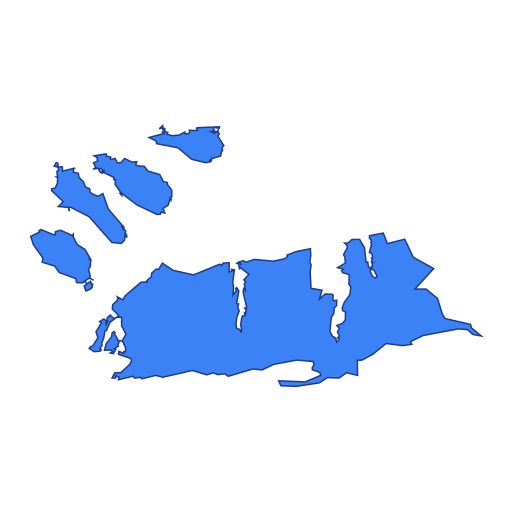 Haram nor, Møre og Romsdal, Norway (Mercator projection)
{"feature_id": "86288312B90203417254551", "entity_name": "Haram nor", "entity_type": "district", "adm_level": 2, "iso_a3": "NOR", "parent_name": "Norway", "parent_adm1": "Møre og Romsdal", "projection": "mercator", "projection_center": [6.407, 62.619], "detail": "fine", "context": "isolated", "style": "filled", "palette": "blue", "viewbox_px": 512, "rotation_deg": 0, "n_neighbors": 0, "source": "geoboundaries", "source_scale": "gbopen_adm2", "svg_char_len": 6036}
<svg xmlns="http://www.w3.org/2000/svg" viewBox="0 0 512 512"><path d="M383.3,233.1L369.5,235.7L369.4,238.2L371.6,240.6L370.8,242.7L371.7,243.4L369.4,252.6L371.5,253.2L372.7,256.3L371.7,258.1L372.4,258.1L371.5,262.0L372.6,262.6L371.9,262.7L372.5,265.8L371.3,266.9L372.1,267.9L371.4,269.4L373.9,270.0L376.7,275.5L376.9,276.9L375.2,278.0L372.4,276.3L370.2,271.2L370.3,268.0L368.5,267.0L367.8,262.1L366.1,262.3L364.5,247.8L359.6,239.4L351.9,239.5L348.0,243.1L344.6,243.1L347.0,245.5L347.3,247.9L343.5,254.6L344.8,256.9L345.4,263.1L337.6,267.6L343.1,269.3L341.7,270.8L342.6,272.7L349.2,274.5L348.9,284.2L350.8,286.9L349.8,294.8L344.4,302.2L342.2,308.1L342.6,310.6L345.5,312.0L345.3,319.9L342.4,323.4L336.8,325.5L339.3,328.2L337.4,332.1L339.5,335.7L337.6,338.0L339.0,338.1L339.0,339.7L336.7,342.1L335.6,338.1L332.5,336.3L329.9,331.5L331.3,317.4L333.7,313.8L334.3,307.9L336.6,305.6L336.7,300.2L333.5,300.7L332.7,298.5L333.3,295.5L332.1,294.2L325.2,294.0L319.5,299.0L322.0,290.2L311.0,288.3L310.2,271.7L311.1,264.9L309.8,262.1L310.8,255.5L310.4,248.7L296.1,251.6L287.0,255.1L287.4,256.5L285.0,258.7L273.2,261.2L254.2,259.4L246.2,262.2L243.0,260.8L238.9,262.0L236.8,263.3L238.5,264.1L239.3,262.3L240.8,264.3L238.8,265.9L239.6,268.7L240.6,267.8L248.9,274.4L243.8,279.9L245.7,282.0L244.3,283.8L245.3,290.4L243.8,288.7L243.1,291.9L246.8,308.0L244.7,308.1L246.0,309.8L245.6,313.7L244.5,313.0L245.0,315.8L242.5,315.9L241.7,318.0L240.6,325.4L241.6,328.5L241.2,332.7L239.8,329.4L236.6,328.4L236.0,323.8L236.8,317.3L239.2,311.0L237.8,307.5L238.6,303.9L236.6,303.5L238.8,291.0L236.8,287.6L235.7,288.5L236.3,290.9L233.0,295.0L233.6,287.2L232.7,282.3L234.4,269.8L230.9,269.3L233.5,270.6L229.1,272.0L229.2,262.8L223.0,263.1L222.0,265.4L219.8,264.2L193.5,274.9L173.0,270.3L162.4,263.1L158.6,269.5L156.2,269.1L151.8,273.0L151.2,276.9L146.8,280.7L147.2,281.9L141.1,282.2L125.1,295.8L122.8,299.9L117.3,296.9L118.0,298.6L117.2,300.4L112.7,304.7L112.3,309.1L118.6,315.4L116.7,317.3L121.6,317.3L121.6,325.6L126.0,334.1L122.3,340.7L125.5,347.6L125.4,351.7L123.9,351.6L123.7,353.4L118.9,351.3L118.5,354.4L130.5,358.3L131.7,360.5L129.9,364.2L120.9,372.6L114.8,372.8L112.1,378.0L115.5,378.1L115.8,375.7L119.3,377.5L118.5,379.7L133.0,376.2L134.7,378.1L140.5,377.3L141.7,378.8L155.7,375.4L162.8,377.2L192.3,370.5L206.8,374.8L213.2,372.8L217.7,374.6L224.9,373.8L228.2,376.3L252.8,369.0L262.2,369.9L273.8,364.3L296.9,360.1L313.1,361.5L314.0,364.9L312.3,367.4L312.3,369.7L319.7,372.4L320.8,375.3L305.2,381.9L278.6,380.8L280.9,385.7L295.9,386.4L319.2,382.9L327.5,377.6L339.2,378.0L346.5,372.7L357.6,375.4L357.3,360.3L362.1,360.1L372.9,354.2L386.2,343.5L402.2,345.6L411.8,344.3L410.5,341.6L423.1,335.5L458.4,328.9L467.5,329.6L472.9,334.5L481.3,336.0L471.3,327.7L470.6,324.4L445.2,318.6L442.4,314.3L437.5,298.4L426.1,289.1L414.9,289.1L433.7,268.6L413.3,257.3L404.7,239.2L387.4,243.6L383.3,233.1ZM106.1,153.9L94.2,155.8L96.8,157.4L97.8,160.9L93.5,162.9L95.8,167.5L93.1,169.1L98.3,168.3L99.4,170.9L100.6,172.6L99.1,169.0L101.1,168.4L102.8,170.3L101.4,172.7L102.6,173.2L103.5,171.5L102.6,170.9L104.0,170.5L104.1,172.6L114.1,177.6L113.7,179.5L115.5,179.8L115.0,184.2L120.5,192.1L120.1,193.1L121.2,192.8L120.7,194.2L121.7,195.3L121.4,193.1L137.1,205.0L157.1,214.5L160.3,214.2L161.3,212.1L164.8,213.0L163.0,208.5L168.2,205.1L169.8,199.6L170.6,200.3L170.3,198.5L171.7,200.2L170.5,198.1L171.7,196.9L171.8,190.2L167.5,184.7L167.4,182.6L163.5,181.7L159.7,174.5L148.0,171.1L144.3,166.3L137.6,165.9L135.7,164.6L136.7,161.7L131.8,162.1L124.6,158.5L120.9,162.7L117.4,162.9L115.1,158.4L110.9,159.6L110.2,159.0L110.8,157.2L106.2,156.0L106.1,153.9ZM56.2,162.6L54.2,166.2L58.0,167.2L58.6,170.2L56.9,171.4L57.5,177.0L56.5,177.0L57.6,177.7L57.4,183.3L55.2,188.0L51.7,188.8L51.6,190.6L63.3,201.7L58.3,206.5L68.6,207.4L68.5,208.3L68.9,210.3L69.5,211.0L68.7,207.4L70.8,207.3L89.1,216.7L112.0,242.6L121.5,243.3L124.3,240.5L125.0,237.1L126.8,236.9L126.7,234.7L126.4,236.9L124.9,236.2L125.0,234.0L126.6,234.0L125.0,233.7L125.7,231.2L123.6,229.4L124.2,229.3L123.2,228.2L124.1,227.7L123.8,227.2L123.1,227.9L121.8,226.4L122.2,226.0L123.2,227.1L123.6,226.9L108.3,209.0L102.9,193.6L98.1,196.3L92.0,193.8L90.1,192.1L89.6,188.6L85.7,187.3L83.4,181.8L79.0,177.4L78.3,173.2L73.5,172.4L73.4,168.9L72.4,169.0L75.3,168.0L62.5,171.1L62.4,166.9L58.3,167.0L57.8,163.2L56.2,162.6ZM52.9,234.5L40.4,229.3L41.1,230.0L39.1,230.4L39.5,232.1L30.7,236.4L33.4,244.7L42.9,258.0L42.2,262.2L54.7,266.1L59.1,272.4L76.2,278.8L76.2,281.8L77.1,282.7L82.7,282.9L84.8,280.9L85.2,282.1L86.9,284.1L84.1,286.0L85.9,291.0L90.7,288.9L92.4,286.7L91.8,285.0L93.3,284.2L91.6,284.3L90.4,281.5L91.1,280.8L87.0,284.0L84.9,280.8L89.6,278.1L93.7,280.3L89.6,278.1L90.3,276.3L88.5,269.3L90.3,266.5L90.7,260.6L89.7,259.4L90.8,259.6L85.1,249.5L77.2,244.5L73.2,236.6L73.3,234.2L72.3,235.5L60.4,230.2L55.3,231.8L55.4,234.6L52.9,234.5ZM162.7,125.6L159.2,128.7L161.7,128.0L164.0,130.8L162.4,132.1L164.0,133.5L149.0,137.5L156.0,140.9L156.7,143.7L178.0,147.8L191.7,159.3L205.7,162.7L210.8,161.7L211.3,160.6L210.4,161.0L209.8,160.4L211.6,158.6L220.6,156.1L221.6,151.0L222.6,150.7L221.9,148.1L223.8,145.5L217.8,136.2L219.4,133.7L218.0,132.4L218.1,130.2L214.7,133.5L211.0,131.6L215.1,131.4L213.2,128.8L214.5,127.5L219.1,128.3L219.6,126.8L197.2,127.7L196.4,128.5L197.6,130.0L196.9,130.7L189.3,130.2L189.6,132.4L188.5,133.7L185.0,133.8L184.8,132.0L179.2,135.1L172.2,135.7L167.0,134.4L167.8,132.4L164.9,131.8L164.8,128.6L163.0,128.1L162.7,125.6ZM113.9,318.7L110.2,315.0L107.2,317.9L106.9,320.9L107.8,321.2L106.1,324.5L105.9,320.5L103.8,319.0L99.6,321.6L101.4,322.7L96.0,332.0L97.9,337.7L92.6,346.2L90.5,346.6L89.2,348.4L94.1,351.7L100.4,351.1L101.2,349.7L99.9,349.0L102.1,345.0L101.6,343.5L103.8,337.8L104.8,331.0L106.4,330.6L109.9,322.5L116.6,317.3L113.9,318.7ZM114.6,333.9L115.1,332.7L114.0,331.5L112.2,332.8L111.5,336.9L106.2,343.7L104.5,350.3L111.4,350.0L112.4,351.4L110.2,353.0L113.3,353.6L115.8,349.4L114.1,348.8L118.3,346.2L117.6,345.4L118.9,342.8L118.3,341.1L122.2,341.0L118.3,340.6L114.6,333.9Z" fill="#3b82f6" stroke="#1e3a8a" stroke-width="1.5"/></svg>